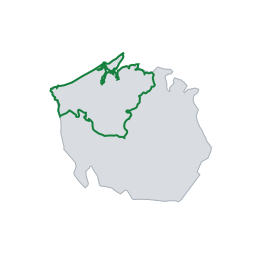 location of Southern within Sierra Leone, rotated 127°
{"feature_id": "SLE-760", "entity_name": "Southern", "entity_type": "Province", "adm_level": 1, "iso_a3": "SLE", "parent_name": "Sierra Leone", "parent_adm1": "", "projection": "robinson", "projection_center": [-12.13, 7.714], "detail": "fine", "context": "in_parent", "style": "outline", "palette": "green", "viewbox_px": 256, "rotation_deg": 127, "n_neighbors": 0, "source": "natural_earth", "source_scale": "10m", "svg_char_len": 7207}
<svg xmlns="http://www.w3.org/2000/svg" viewBox="0 0 256 256"><g transform="rotate(127 128 128)"><path d="M201.4,126.1L201.3,127.9L199.9,135.8L197.7,142.6L196.3,144.3L190.1,146.1L187.4,149.1L185.2,158.8L183.7,166.4L181.6,167.7L172.4,178.7L166.5,182.8L162.3,186.4L158.4,191.1L153.4,195.6L148.1,203.3L144.3,211.2L141.7,213.7L139.8,211.5L130.7,203.6L121.1,198.3L100.7,189.6L93.9,187.1L94.2,184.0L96.5,178.3L92.7,171.6L94.2,166.7L92.7,166.7L89.8,169.7L83.6,168.8L79.5,164.6L76.1,163.1L74.6,161.0L72.5,150.0L70.9,145.0L67.8,141.9L61.5,141.1L59.0,134.4L55.5,129.2L56.1,126.0L58.9,126.2L61.1,128.5L64.7,129.5L69.1,123.8L73.1,120.8L74.0,118.1L73.5,116.6L71.1,118.9L64.5,118.3L62.9,120.4L59.9,121.0L57.7,114.4L57.8,110.6L58.7,106.3L65.4,105.5L65.9,104.2L61.3,103.3L55.6,98.3L54.6,94.8L57.4,93.7L60.1,94.2L62.5,94.9L65.1,93.7L67.5,91.8L68.9,89.4L70.9,83.0L77.1,80.8L80.8,76.9L84.2,70.7L85.8,66.4L87.3,64.3L88.2,62.4L88.9,60.4L90.4,58.5L92.1,53.9L93.2,49.8L96.8,47.8L104.1,46.0L110.7,49.0L121.4,46.4L122.0,42.5L131.8,42.4L143.4,42.4L153.1,42.3L156.4,43.3L157.6,46.3L160.8,50.8L164.1,54.0L168.2,60.9L173.0,68.9L178.2,76.2L181.5,80.1L181.9,81.5L181.7,83.1L180.0,86.8L178.6,90.8L178.8,92.3L179.8,93.0L185.2,94.3L185.7,98.8L185.7,104.9L188.3,110.7L190.8,114.9L190.7,116.4L184.6,123.6L182.2,130.8L181.0,132.8L180.5,134.4L181.7,135.2L183.4,134.7L185.8,135.3L188.1,135.5L191.0,133.0L196.0,126.4L197.7,125.6L201.4,126.1ZM91.9,184.3L91.2,185.8L88.0,182.2L71.2,176.8L75.9,174.0L87.6,173.2L91.1,174.8L92.6,176.2L93.2,178.8L91.9,184.3Z" fill="#d9dde1" stroke="#a8b0b8" stroke-width="1"/><path d="M159.5,189.4L156.3,194.0L155.9,194.4L151.8,196.5L151.0,196.7L149.3,199.7L148.4,200.6L148.3,200.8L148.4,201.4L149.1,202.7L149.3,203.4L149.2,203.8L148.9,204.1L148.5,204.3L147.5,204.4L147.3,204.8L147.5,205.9L147.4,206.7L147.1,207.8L146.6,208.7L145.3,209.6L145.1,210.5L145.2,211.9L144.8,212.2L143.2,213.0L142.4,212.2L140.4,211.7L139.4,211.1L138.5,210.4L137.8,209.7L138.2,209.6L138.4,209.5L138.6,209.3L138.8,208.9L137.4,208.9L136.8,209.0L136.4,209.3L136.1,209.3L135.7,208.1L135.0,207.2L132.4,204.8L125.5,200.2L114.0,195.6L102.3,190.3L92.9,186.9L94.4,185.5L96.2,185.4L98.0,186.1L99.6,186.9L99.5,186.4L99.3,186.0L98.9,185.8L98.4,185.8L98.1,185.6L97.7,185.0L97.3,184.6L96.3,184.2L95.8,184.2L95.0,184.7L94.5,184.4L94.1,184.0L93.7,183.8L93.6,183.4L94.0,182.3L94.6,181.3L95.6,180.4L96.1,179.5L96.7,178.9L97.6,179.2L98.1,179.0L98.7,178.9L99.9,178.9L100.2,178.8L100.8,178.6L101.1,178.5L101.5,178.6L102.0,179.1L102.3,179.2L103.2,178.9L104.1,178.4L105.0,177.9L106.3,177.8L106.2,177.6L106.1,177.2L106.9,176.7L107.8,176.6L108.5,176.2L108.7,175.1L108.3,175.1L108.0,175.2L107.7,175.2L107.3,175.2L107.0,175.5L106.7,175.0L106.6,174.7L106.1,174.8L105.6,174.9L105.1,174.9L104.9,175.3L104.8,175.7L104.5,176.0L103.6,176.3L103.1,176.6L102.1,176.6L101.6,176.7L100.6,177.3L99.6,177.5L98.5,178.0L97.9,178.1L97.6,178.1L96.6,177.9L96.1,177.8L95.0,177.3L94.6,176.3L94.4,175.1L93.6,174.3L93.6,174.0L93.8,173.7L93.9,173.4L94.0,173.0L93.9,172.4L93.6,172.8L93.2,173.1L92.9,173.1L92.6,172.8L92.3,172.8L92.3,173.6L91.1,172.3L91.7,170.4L93.6,167.5L94.4,167.9L94.6,168.2L94.9,167.8L94.6,167.1L94.6,166.4L94.9,165.8L95.6,165.6L94.6,164.8L93.7,165.7L92.3,168.2L89.8,169.9L88.2,170.6L87.5,169.9L87.2,170.0L84.0,169.3L83.7,169.3L83.4,169.2L82.9,169.0L81.0,167.5L80.2,167.1L79.6,166.6L79.2,165.6L79.0,164.6L79.2,163.9L79.7,163.4L80.5,162.9L79.6,163.1L77.2,164.2L74.9,162.5L74.2,161.1L73.8,160.5L73.0,160.2L72.5,160.0L71.8,159.3L70.8,158.0L71.8,157.8L73.4,156.7L74.3,156.5L75.1,156.6L75.9,156.8L77.5,157.6L76.5,156.5L75.3,155.5L74.3,154.4L73.4,151.7L73.1,151.3L73.2,150.9L73.5,150.2L73.6,149.4L73.9,148.6L74.4,147.9L74.9,147.3L73.3,147.1L72.6,146.4L72.3,145.3L71.5,143.9L70.9,143.5L70.3,143.2L69.7,142.7L69.5,141.8L69.5,141.0L69.6,140.3L69.9,139.6L70.0,139.4L72.5,138.7L73.0,138.4L73.7,137.8L74.5,136.7L75.0,136.2L75.9,135.2L76.4,134.3L76.7,133.9L77.0,133.5L77.2,132.9L77.3,132.7L77.5,132.5L77.8,132.4L78.3,132.3L79.2,132.4L79.6,132.6L79.9,132.8L80.1,133.0L80.3,133.4L80.5,133.7L80.6,133.9L80.9,134.0L81.2,133.9L82.3,133.3L82.7,133.2L85.6,133.2L85.9,133.3L86.1,133.4L86.3,133.5L86.5,133.7L86.6,134.0L86.8,134.2L87.3,134.3L88.2,134.3L89.0,134.4L89.5,134.7L89.7,134.8L89.9,135.0L89.9,135.3L89.9,136.0L90.0,136.3L90.1,136.6L90.2,136.8L90.4,137.0L90.7,137.1L94.4,137.4L94.7,137.5L94.8,137.6L95.0,137.9L95.1,138.1L95.3,138.3L95.5,138.4L96.0,138.1L96.2,137.8L96.4,137.5L96.7,136.7L96.9,136.5L97.0,136.3L97.2,136.2L98.7,135.5L99.2,135.1L99.5,134.9L99.8,134.5L100.2,134.3L100.6,134.2L102.0,134.2L102.4,134.3L102.6,134.4L102.8,134.5L103.1,134.6L103.6,134.5L104.9,133.8L105.3,133.7L105.7,133.7L106.4,133.7L107.4,133.8L107.7,134.0L110.7,135.9L113.1,136.9L113.3,137.1L113.5,137.3L113.7,138.2L113.9,138.4L114.2,138.9L114.3,139.0L114.5,139.2L114.8,139.3L115.1,139.3L115.6,139.4L115.9,139.1L116.0,138.5L116.0,138.2L116.0,137.9L115.8,137.4L115.7,137.2L115.3,136.9L115.1,136.7L114.7,135.7L114.6,135.4L114.6,135.2L114.6,134.9L114.7,134.6L115.6,133.3L115.7,133.2L116.0,133.2L116.3,133.2L116.8,133.0L117.6,132.9L118.2,133.1L118.5,133.1L118.8,133.0L119.3,132.7L119.7,132.6L120.0,132.7L120.9,133.3L122.7,133.8L123.9,133.9L125.2,133.8L126.1,133.6L128.4,132.4L128.8,132.2L129.9,131.0L130.2,130.5L130.4,130.1L130.7,128.8L130.8,127.5L130.8,127.1L130.9,126.9L131.1,126.7L131.4,126.5L132.4,125.9L133.0,125.8L133.5,125.7L136.3,125.8L137.0,125.7L138.1,124.9L138.6,127.2L139.0,128.0L139.4,128.4L140.2,129.3L140.3,129.7L140.4,130.1L140.3,131.0L140.4,131.9L140.5,132.4L140.6,132.7L141.7,133.8L141.9,133.9L142.7,134.9L144.8,137.9L148.1,141.6L148.5,142.2L148.6,142.5L148.6,142.8L148.6,143.0L148.6,143.3L148.6,143.6L148.7,143.9L149.9,147.6L150.1,148.7L150.1,150.8L150.3,152.3L150.3,152.9L150.2,153.6L150.0,154.7L149.8,155.3L149.6,155.5L149.3,155.9L148.9,156.2L148.3,156.9L148.2,157.1L145.0,159.7L144.9,159.9L144.8,160.2L144.3,162.7L144.3,164.1L144.3,164.5L144.4,164.8L144.5,164.8L144.7,164.6L145.4,163.6L145.5,163.4L145.8,163.4L146.6,165.8L146.7,166.2L146.6,166.5L146.5,166.8L146.4,167.0L146.3,168.3L146.1,168.9L145.8,169.3L145.6,169.5L145.4,169.7L145.2,169.7L144.8,169.5L144.6,168.9L144.5,168.7L144.4,168.5L144.2,168.5L142.4,169.9L141.1,170.8L141.2,171.0L141.7,171.2L142.0,171.9L142.3,173.2L142.5,176.2L142.7,177.4L142.9,178.1L143.1,178.2L143.4,178.3L143.6,178.4L143.9,178.4L144.1,178.3L144.3,178.2L144.5,178.0L145.6,176.9L147.2,174.8L147.5,174.5L148.0,174.3L148.3,174.2L148.6,174.2L148.8,174.3L149.0,174.4L149.2,174.6L149.4,174.8L150.1,175.9L150.1,176.1L148.9,177.4L148.8,177.8L148.8,178.4L149.0,180.9L148.9,181.3L148.9,182.4L149.1,183.7L149.0,185.0L149.3,185.4L149.8,185.5L150.4,185.6L151.1,185.6L151.6,185.7L152.9,186.1L154.6,186.9L155.9,187.8L159.4,189.4L159.5,189.4ZM93.6,177.0L93.0,177.4L93.0,178.0L93.3,179.7L93.1,180.6L92.8,181.2L92.4,181.8L91.9,182.7L91.9,183.6L92.3,185.4L92.3,186.1L91.6,186.7L90.8,186.9L90.0,186.6L89.6,185.8L90.6,185.8L89.9,184.4L89.0,183.0L88.1,182.0L87.1,181.6L86.3,181.5L81.9,180.2L80.3,179.2L76.2,178.5L71.2,177.0L71.2,176.6L73.0,176.1L73.2,175.3L73.8,174.6L74.5,174.3L76.4,174.0L81.7,174.0L82.5,173.8L84.4,173.3L87.3,173.0L88.3,173.1L89.3,173.6L88.5,174.5L89.0,174.8L90.9,174.7L91.8,175.0L92.5,175.5L93.0,176.2L93.6,177.0Z" fill="none" stroke="#15803d" stroke-width="2"/></g></svg>